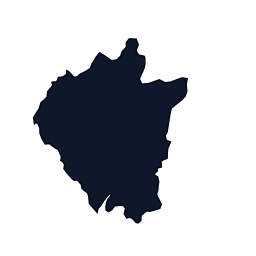 Souni Zanakia, Limassol, Cyprus, rotated 232°
{"feature_id": "46923920B21647228964457", "entity_name": "Souni Zanakia", "entity_type": "district", "adm_level": 2, "iso_a3": "CYP", "parent_name": "Cyprus", "parent_adm1": "Limassol", "projection": "mercator", "projection_center": [32.882, 34.731], "detail": "fine", "context": "isolated", "style": "filled", "palette": "ink", "viewbox_px": 256, "rotation_deg": 232, "n_neighbors": 0, "source": "geoboundaries", "source_scale": "gbopen_adm2", "svg_char_len": 1712}
<svg xmlns="http://www.w3.org/2000/svg" viewBox="0 0 256 256"><g transform="rotate(232 128 128)"><path d="M130.4,204.9L134.1,201.6L135.8,196.4L137.9,189.6L140.8,185.1L146.7,182.3L149.0,175.4L150.5,171.1L154.2,165.8L159.7,167.0L165.3,177.4L168.2,180.8L173.1,184.5L174.7,184.8L178.7,181.4L182.9,181.5L184.7,182.7L187.4,187.3L193.0,189.1L197.4,183.9L196.4,179.5L192.7,176.5L191.6,170.2L189.1,166.5L188.5,161.1L191.1,156.4L199.3,153.9L204.7,151.9L203.5,146.9L201.6,142.0L200.7,139.3L198.0,135.2L198.6,129.6L199.8,123.1L199.5,119.4L201.3,116.6L208.4,116.0L210.8,115.1L207.9,112.4L208.4,108.0L210.5,104.3L208.2,100.1L210.0,97.7L210.8,96.3L207.8,95.1L206.1,87.1L202.0,83.2L201.4,74.9L198.0,70.2L194.3,60.0L188.9,56.9L189.1,58.4L187.1,59.9L182.3,58.6L177.8,55.3L171.4,53.6L166.5,52.9L164.1,56.5L158.1,58.1L153.8,59.8L146.4,58.0L143.7,55.1L141.1,56.0L138.2,55.6L135.5,52.6L132.0,52.4L130.2,52.4L123.3,52.8L120.2,53.3L118.4,56.1L112.2,56.5L108.8,54.7L106.1,55.0L102.1,56.3L98.9,55.4L92.2,51.1L85.0,51.5L80.5,51.8L82.9,54.4L83.7,58.5L85.5,63.6L87.1,69.3L87.6,73.0L85.1,73.3L84.2,68.6L82.6,65.5L79.6,62.3L76.9,60.3L74.2,61.1L73.7,65.3L75.0,69.5L72.3,73.7L69.9,76.8L66.2,76.6L62.6,72.2L57.8,71.7L56.9,74.3L54.3,75.8L48.7,76.3L47.0,77.5L47.2,81.0L51.2,84.6L51.2,91.6L48.8,94.2L46.8,99.2L45.2,103.6L47.5,107.2L53.2,108.4L58.3,109.6L60.5,113.0L64.0,116.1L66.8,119.1L71.3,121.2L75.6,119.5L76.1,124.4L78.4,126.7L76.8,130.2L81.3,133.4L81.3,135.8L80.6,138.5L80.1,140.2L84.8,144.1L87.5,146.8L90.9,152.8L94.5,150.5L99.1,152.3L100.8,156.3L107.5,163.5L113.1,169.5L117.0,174.1L117.2,181.0L117.2,187.9L118.0,192.8L120.8,196.9L121.9,197.6L126.3,200.5L129.5,203.8L130.4,204.9Z" fill="#0f172a" stroke="#020617" stroke-width="1.5"/></g></svg>